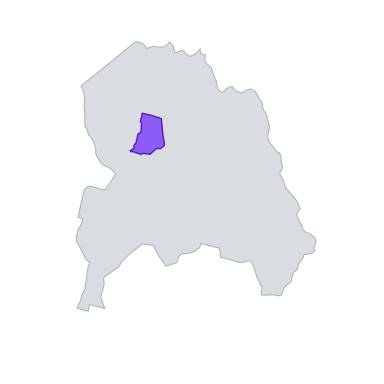 location of Bor South, Jonglei, South Sudan, rotated 194°
{"feature_id": "79223893B93297305003737", "entity_name": "Bor South", "entity_type": "district", "adm_level": 2, "iso_a3": "SSD", "parent_name": "South Sudan", "parent_adm1": "Jonglei", "projection": "equal_earth", "projection_center": [32.094, 6.474], "detail": "fine", "context": "in_parent", "style": "filled", "palette": "violet", "viewbox_px": 384, "rotation_deg": 194, "n_neighbors": 0, "source": "geoboundaries", "source_scale": "gbopen_adm2", "svg_char_len": 4026}
<svg xmlns="http://www.w3.org/2000/svg" viewBox="0 0 384 384"><g transform="rotate(194 192 192)"><path d="M294.3,309.3L284.5,322.5L283.8,323.3L282.6,324.3L278.6,324.4L274.5,323.7L270.8,320.3L266.9,322.9L264.5,323.8L263.1,324.1L259.6,324.5L254.8,325.9L252.7,327.7L251.5,329.1L250.5,331.7L250.0,332.0L249.2,331.6L247.9,330.6L245.4,329.1L244.1,325.8L242.9,323.8L241.9,322.8L237.8,326.1L235.9,326.8L234.3,326.7L231.3,324.9L228.0,323.3L226.4,323.3L223.9,325.3L221.0,328.2L219.5,331.2L218.8,332.9L217.8,330.2L216.9,328.6L215.5,327.9L212.8,328.6L212.1,327.6L212.0,325.4L211.6,323.3L210.9,321.7L208.8,320.2L203.3,317.0L199.2,310.6L197.1,307.7L195.5,305.8L193.4,300.8L190.9,297.4L187.9,295.8L185.9,296.6L183.9,300.2L180.0,303.7L178.3,303.8L176.0,301.9L173.2,300.6L168.1,300.0L166.0,301.7L163.2,304.3L160.8,305.9L159.4,306.1L158.0,305.4L156.5,305.1L155.2,305.0L152.5,302.6L151.1,300.9L150.1,299.2L148.6,298.0L146.8,297.0L145.5,295.5L144.9,293.6L143.8,291.2L142.5,289.0L138.4,285.0L137.1,282.7L136.3,280.5L134.6,278.0L132.8,274.6L132.2,269.7L132.1,265.8L131.8,264.0L131.0,262.1L130.1,260.6L128.6,258.8L125.3,256.3L121.8,253.4L120.1,251.7L116.9,251.1L115.0,249.4L113.4,245.7L112.8,242.8L111.2,240.5L110.5,238.8L110.1,236.9L111.4,231.1L109.6,229.0L106.8,226.3L104.9,223.4L103.7,220.7L100.1,217.2L92.4,211.9L88.0,208.5L85.6,205.5L83.4,202.5L83.2,201.3L84.6,198.3L84.9,195.9L83.7,193.2L79.1,188.1L75.5,182.6L72.7,180.8L66.0,179.3L64.1,178.7L62.1,177.6L60.1,175.1L59.4,172.1L60.4,167.4L59.8,165.9L58.7,165.5L59.0,164.5L60.3,162.2L62.4,160.7L68.0,158.4L68.3,157.5L68.4,154.5L68.9,153.1L70.8,149.0L71.1,147.3L71.2,143.8L71.5,142.2L72.0,141.0L73.6,139.0L74.1,137.7L74.4,135.1L74.2,129.8L75.0,127.7L78.6,122.9L79.5,120.7L79.8,118.8L79.8,116.9L80.0,114.9L81.1,113.1L82.0,112.5L84.6,111.9L86.3,112.3L98.6,109.0L100.0,109.4L100.7,111.4L100.6,114.5L100.8,116.0L101.4,117.1L103.4,118.5L104.7,121.0L105.4,121.9L107.4,123.6L116.4,137.8L119.0,139.1L121.5,138.6L126.5,135.7L128.9,135.0L146.3,135.8L148.2,135.3L148.4,135.4L151.0,142.5L152.2,144.1L171.3,144.2L170.9,142.2L171.2,139.9L174.5,135.6L175.0,135.1L177.9,133.0L180.8,131.6L186.3,130.0L188.4,127.4L189.5,125.1L189.5,120.4L190.3,119.7L191.6,118.6L198.0,114.5L199.1,113.6L210.3,123.2L216.6,130.8L217.0,131.2L217.3,131.3L217.7,131.1L218.0,130.7L218.7,130.4L221.4,130.3L226.6,129.9L228.2,129.0L238.5,115.4L241.1,111.1L241.8,110.2L243.3,107.1L244.9,101.8L245.2,101.2L256.4,88.5L256.8,87.5L256.9,86.7L255.2,82.4L254.9,80.3L254.8,76.9L255.1,71.7L255.0,68.4L254.9,67.6L254.8,67.4L248.5,58.0L264.3,57.9L264.4,56.8L264.3,56.4L264.0,55.3L263.8,53.8L263.9,53.0L263.9,52.2L264.0,51.8L263.9,51.4L263.9,51.2L264.0,51.1L275.4,51.3L275.2,53.9L273.8,60.1L273.9,63.9L273.6,68.1L273.2,69.4L272.6,70.4L272.4,70.9L272.4,71.4L274.8,95.2L274.6,96.2L274.0,97.7L273.8,98.1L273.8,98.5L274.0,98.8L279.3,101.4L279.5,101.5L281.6,104.8L292.0,116.1L292.4,116.7L293.4,120.2L293.6,120.8L293.6,121.6L293.6,122.3L293.3,124.4L293.4,125.4L293.6,126.0L293.7,126.7L293.7,127.0L293.6,127.5L292.1,131.6L291.6,134.5L291.5,137.0L291.6,138.4L291.7,139.3L291.9,139.7L292.0,139.8L296.5,139.9L296.5,141.2L297.1,162.7L297.1,165.2L296.9,168.2L296.4,169.4L295.2,171.1L293.6,172.7L289.5,173.1L286.2,173.0L283.8,172.7L280.5,172.5L277.5,172.9L276.3,174.2L272.3,185.7L271.0,188.6L270.7,190.2L271.1,191.2L272.7,192.7L276.2,194.7L280.2,195.9L283.1,196.4L285.2,197.0L286.7,197.6L292.4,202.8L294.2,205.3L295.2,207.4L295.5,209.7L296.3,212.0L301.5,219.2L306.4,222.6L308.3,226.4L310.1,228.3L311.8,230.3L312.8,233.3L314.9,241.9L316.4,246.5L317.8,250.2L318.4,256.2L319.6,258.9L320.8,262.2L322.8,265.2L324.9,267.5L325.3,268.1L304.0,296.3L294.3,309.3Z" fill="#d9dde1" stroke="#a8b0b8" stroke-width="1"/><path d="M249.5,256.5L259.2,256.4L259.1,247.8L257.7,246.7L256.1,239.5L256.5,236.7L258.4,235.2L258.2,226.4L259.6,222.7L258.8,220.4L261.9,217.1L260.8,216.3L260.2,217.0L250.5,216.1L249.5,217.5L241.7,218.6L237.1,225.6L233.3,226.3L230.5,229.7L230.3,231.9L231.8,235.3L234.1,240.4L239.5,255.7L249.5,256.5Z" fill="#8b5cf6" stroke="#5b21b6" stroke-width="1.5"/></g></svg>